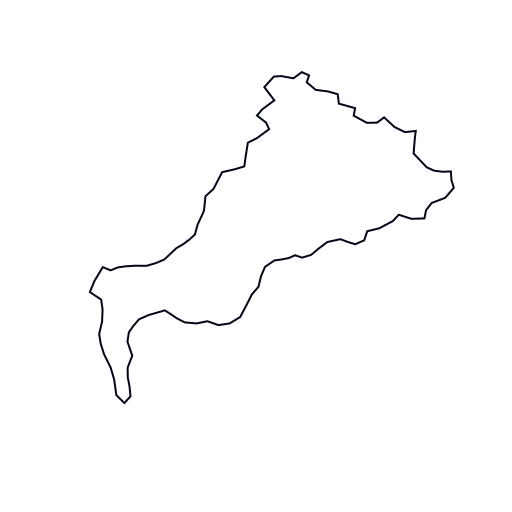 outline of Santa Amélia, Paraná, Brazil, rotated 128°
{"feature_id": "56859067B11032628031233", "entity_name": "Santa Amélia", "entity_type": "district", "adm_level": 2, "iso_a3": "BRA", "parent_name": "Brazil", "parent_adm1": "Paraná", "projection": "orthographic", "projection_center": [-50.399, -23.254], "detail": "fine", "context": "isolated", "style": "outline", "palette": "ink", "viewbox_px": 512, "rotation_deg": 128, "n_neighbors": 0, "source": "geoboundaries", "source_scale": "gbopen_adm2", "svg_char_len": 1496}
<svg xmlns="http://www.w3.org/2000/svg" viewBox="0 0 512 512"><g transform="rotate(128 256 256)"><path d="M452.9,269.2L443.9,268.5L436.8,275.2L430.7,282.2L423.0,288.4L410.8,292.1L402.6,304.6L394.4,309.2L386.7,309.6L377.9,309.2L368.4,304.1L355.0,294.4L354.3,287.2L353.8,279.9L352.2,271.3L345.8,261.4L337.3,254.1L333.6,243.1L325.3,235.2L313.8,230.9L300.4,233.3L288.9,235.6L278.8,235.1L268.8,239.6L259.0,242.2L248.2,238.8L243.2,233.9L237.4,228.9L231.4,225.7L228.9,218.7L221.3,213.3L211.5,211.2L201.1,208.4L190.8,199.9L188.5,192.6L185.7,185.1L177.0,180.4L168.0,183.6L158.4,176.0L144.3,169.7L135.6,168.9L131.0,156.4L122.7,146.4L115.2,150.2L106.0,150.2L93.6,142.7L80.5,142.1L75.9,148.7L69.4,154.5L74.8,160.9L79.1,168.2L81.0,176.1L78.2,194.9L65.8,203.1L59.1,207.1L66.7,214.9L69.1,226.2L67.9,240.4L76.4,242.7L82.8,250.6L85.3,265.4L78.5,268.9L84.9,284.5L78.2,291.2L82.0,300.6L88.3,311.2L87.9,322.9L81.0,325.4L82.9,333.1L92.9,335.9L98.7,346.9L103.6,352.4L117.8,353.4L122.1,337.4L136.8,341.4L144.7,341.7L144.7,330.1L148.0,323.7L162.7,327.9L171.7,332.2L183.6,325.6L192.6,320.4L200.7,326.1L210.8,334.3L229.3,330.8L240.0,332.6L252.3,324.9L259.0,323.2L267.0,321.4L276.7,317.4L284.0,318.6L291.4,320.6L299.0,323.6L315.2,326.1L323.5,330.7L331.1,336.2L338.6,345.9L345.1,353.1L350.0,357.8L356.8,361.7L359.1,369.9L375.3,367.9L386.7,364.7L385.7,351.1L392.6,344.0L402.3,337.0L414.0,331.6L420.6,324.5L426.8,315.5L433.5,301.7L440.7,291.7L451.6,280.4L452.9,269.2Z" fill="none" stroke="#020617" stroke-width="2"/></g></svg>